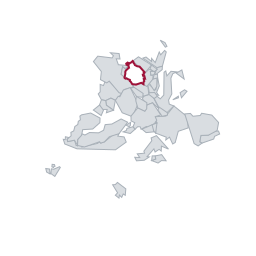 Romania on a map of Europe (orthographic projection), rotated 223°
{"feature_id": "ROU", "entity_name": "Romania", "entity_type": "country or territory", "adm_level": 0, "iso_a3": "ROU", "parent_name": "Europe", "parent_adm1": "", "projection": "orthographic", "projection_center": [24.529, 45.967], "detail": "coarse", "context": "in_parent", "style": "outline", "palette": "rose", "viewbox_px": 256, "rotation_deg": 223, "n_neighbors": 37, "source": "natural_earth", "source_scale": "50m", "svg_char_len": 7935}
<svg xmlns="http://www.w3.org/2000/svg" viewBox="0 0 256 256"><g transform="rotate(223 128 128)"><path d="M148.5,42.7L153.3,42.1L156.2,45.9L154.2,47.2L151.7,53.0L150.6,53.0L148.5,42.7ZM167.8,78.9L164.4,80.9L164.8,78.3L162.9,76.9L158.8,82.6L153.9,79.8L151.7,83.3L148.9,82.5L139.8,95.9L139.4,98.6L137.7,98.3L135.8,101.7L134.2,113.3L130.7,117.7L129.9,115.1L124.8,118.8L119.7,116.5L122.3,103.5L151.1,78.0L163.3,73.2L167.6,75.6L166.0,76.7L167.8,78.9ZM160.5,42.3L157.4,44.5L153.7,41.2L157.5,40.3L160.5,42.3ZM158.7,49.7L156.8,51.1L155.3,50.2L155.9,49.4L155.5,48.3L157.2,47.7L158.7,49.7Z" fill="#d9dde1" stroke="#a8b0b8" stroke-width="1"/><path d="M104.3,143.1L115.8,154.8L108.4,162.6L109.5,175.4L92.8,176.6L84.0,169.2L89.0,159.9L83.6,149.6L84.4,146.8L91.4,149.6L92.2,145.0L93.8,147.4L104.3,143.1ZM111.7,184.5L114.5,179.2L112.9,185.6L111.7,184.5Z" fill="#d9dde1" stroke="#a8b0b8" stroke-width="1"/><path d="M130.7,117.7L135.7,108.9L135.8,101.7L137.7,98.3L139.4,98.6L146.9,84.4L153.0,80.8L157.0,85.3L157.5,92.5L154.7,93.5L153.0,98.5L146.2,104.4L144.3,109.7L147.0,114.9L142.5,119.9L139.2,129.9L132.2,132.0L130.7,117.7Z" fill="#d9dde1" stroke="#a8b0b8" stroke-width="1"/><path d="M166.7,130.5L173.0,132.6L173.0,135.5L178.1,140.9L174.9,142.3L176.4,146.1L173.7,149.5L156.0,149.0L156.1,139.6L160.9,138.2L163.0,132.8L166.7,130.5Z" fill="#d9dde1" stroke="#a8b0b8" stroke-width="1"/><path d="M187.9,170.9L192.2,171.0L185.3,176.4L180.9,173.0L183.8,170.6L178.2,167.7L170.3,173.9L170.5,169.3L173.8,169.2L169.7,162.6L159.4,164.4L152.0,161.6L157.0,153.6L156.0,149.0L158.6,147.7L173.7,149.5L174.3,146.5L181.1,144.6L186.0,151.1L198.6,153.0L199.1,159.9L187.4,168.4L187.9,170.9Z" fill="#d9dde1" stroke="#a8b0b8" stroke-width="1"/><path d="M156.1,139.6L156.8,144.5L155.3,145.3L157.3,152.5L153.9,159.2L137.2,152.5L133.3,141.7L133.9,138.7L142.6,135.2L156.1,139.6Z" fill="#d9dde1" stroke="#a8b0b8" stroke-width="1"/><path d="M138.3,161.9L135.1,167.4L131.2,168.0L117.8,163.1L127.2,163.2L129.8,157.8L137.3,159.1L138.3,161.9Z" fill="#d9dde1" stroke="#a8b0b8" stroke-width="1"/><path d="M152.0,161.6L153.6,163.8L148.8,169.9L141.5,171.7L135.7,166.8L138.3,161.9L152.0,161.6Z" fill="#d9dde1" stroke="#a8b0b8" stroke-width="1"/><path d="M164.1,162.4L169.7,162.6L173.8,169.2L170.5,169.3L169.0,173.2L168.4,167.9L164.1,162.4Z" fill="#d9dde1" stroke="#a8b0b8" stroke-width="1"/><path d="M163.0,132.8L160.9,138.2L156.1,139.6L150.7,131.1L159.3,129.9L163.0,132.8Z" fill="#d9dde1" stroke="#a8b0b8" stroke-width="1"/><path d="M164.5,125.4L166.7,130.5L163.0,132.8L159.3,129.9L150.7,131.1L154.2,124.4L155.9,127.4L159.9,123.6L164.5,125.4Z" fill="#d9dde1" stroke="#a8b0b8" stroke-width="1"/><path d="M165.6,117.5L164.5,125.4L158.1,124.3L156.1,118.8L165.6,117.5Z" fill="#d9dde1" stroke="#a8b0b8" stroke-width="1"/><path d="M133.9,138.7L134.6,149.4L127.2,151.8L129.8,157.8L127.2,163.2L112.9,160.0L115.8,154.8L112.3,153.3L111.7,149.3L113.2,142.6L115.6,141.6L117.6,136.0L119.8,137.2L121.8,135.6L122.0,131.8L125.2,132.3L126.7,136.5L130.6,135.3L133.9,138.7Z" fill="#d9dde1" stroke="#a8b0b8" stroke-width="1"/><path d="M153.1,178.4L153.9,180.1L170.2,180.3L168.9,187.2L153.8,190.1L153.1,178.4Z" fill="#d9dde1" stroke="#a8b0b8" stroke-width="1"/><path d="M164.3,214.2L159.2,215.7L155.2,214.3L155.8,212.6L164.3,214.2ZM147.9,191.9L164.8,189.2L163.2,192.2L156.1,192.7L158.2,195.0L152.7,194.4L157.0,204.9L154.0,203.8L154.1,209.7L151.9,209.7L145.0,196.6L147.9,191.9Z" fill="#d9dde1" stroke="#a8b0b8" stroke-width="1"/><path d="M147.9,191.9L145.0,196.6L142.8,194.0L144.4,184.3L147.9,191.9Z" fill="#d9dde1" stroke="#a8b0b8" stroke-width="1"/><path d="M136.5,168.3L144.0,174.0L133.6,174.8L140.5,184.9L133.8,180.1L131.3,173.5L127.9,172.8L136.5,168.3Z" fill="#d9dde1" stroke="#a8b0b8" stroke-width="1"/><path d="M118.4,161.5L119.7,166.0L110.8,167.1L107.9,164.4L111.0,159.8L118.4,161.5Z" fill="#d9dde1" stroke="#a8b0b8" stroke-width="1"/><path d="M111.0,149.3L111.4,152.0L110.2,151.4L111.0,149.3Z" fill="#d9dde1" stroke="#a8b0b8" stroke-width="1"/><path d="M112.6,146.8L110.2,151.4L104.3,143.1L110.5,143.4L112.6,146.8Z" fill="#d9dde1" stroke="#a8b0b8" stroke-width="1"/><path d="M117.0,136.7L112.6,146.8L106.4,142.9L111.6,137.0L117.0,136.7Z" fill="#d9dde1" stroke="#a8b0b8" stroke-width="1"/><path d="M63.6,167.4L66.1,166.8L69.6,172.3L64.3,177.6L63.5,183.9L59.7,187.5L56.9,186.1L59.0,181.0L57.8,178.4L63.6,167.4Z" fill="#d9dde1" stroke="#a8b0b8" stroke-width="1"/><path d="M61.1,187.0L64.3,177.6L69.6,172.3L66.1,166.8L63.6,167.4L64.5,162.7L69.0,161.7L96.1,177.0L92.3,181.2L88.5,180.9L83.7,186.4L84.2,189.0L75.5,194.6L65.5,193.8L61.1,187.0Z" fill="#d9dde1" stroke="#a8b0b8" stroke-width="1"/><path d="M89.1,126.1L85.2,131.5L77.8,130.0L81.3,127.0L82.1,122.9L88.5,120.3L86.6,124.2L89.1,126.1Z" fill="#d9dde1" stroke="#a8b0b8" stroke-width="1"/><path d="M120.2,164.4L129.0,167.4L128.9,171.1L124.3,171.3L124.3,176.5L139.7,193.4L139.3,195.5L135.1,192.6L135.2,198.8L130.6,202.3L132.3,198.3L130.6,193.7L119.2,182.8L117.4,176.1L114.1,173.6L109.5,175.4L109.9,166.0L120.2,164.4ZM120.3,202.1L130.2,201.0L128.2,207.2L120.3,202.1ZM109.5,186.6L114.0,189.4L112.7,194.5L109.9,195.1L109.5,186.6Z" fill="#d9dde1" stroke="#a8b0b8" stroke-width="1"/><path d="M125.2,132.3L122.0,131.8L122.6,125.5L128.9,121.9L127.5,125.0L128.5,127.0L125.2,132.3ZM131.5,128.8L129.9,133.9L128.0,131.3L128.0,129.6L131.5,128.8Z" fill="#d9dde1" stroke="#a8b0b8" stroke-width="1"/><path d="M89.1,126.1L86.6,124.2L88.5,120.3L91.3,124.1L89.1,126.1ZM94.8,130.4L94.5,120.1L92.7,121.4L94.1,115.5L99.4,109.8L103.1,111.2L99.3,114.4L103.6,115.4L98.7,120.9L100.6,121.9L101.9,134.9L104.3,136.5L102.0,141.8L84.0,140.2L91.2,137.5L88.0,133.8L90.7,133.6L91.8,128.9L94.8,130.4Z" fill="#d9dde1" stroke="#a8b0b8" stroke-width="1"/><path d="M100.5,76.0L98.7,77.9L98.6,81.0L88.1,82.0L84.1,76.9L86.5,76.5L85.3,73.0L88.6,73.1L86.8,70.6L91.4,70.2L91.4,73.5L100.5,76.0Z" fill="#d9dde1" stroke="#a8b0b8" stroke-width="1"/><path d="M129.0,167.4L135.7,166.8L136.5,168.3L132.7,172.1L128.2,171.3L129.0,167.4Z" fill="#d9dde1" stroke="#a8b0b8" stroke-width="1"/><path d="M164.8,78.3L164.3,83.5L166.8,85.9L165.7,88.8L167.9,92.9L167.1,96.3L168.9,99.0L168.4,101.5L171.3,103.9L170.9,106.0L165.5,113.5L155.2,116.2L152.2,112.7L153.1,103.2L160.0,95.9L157.0,91.0L157.0,85.3L153.0,80.8L158.8,82.6L162.9,76.9L164.8,78.3Z" fill="#d9dde1" stroke="#a8b0b8" stroke-width="1"/><path d="M153.3,158.9L151.4,161.9L140.5,163.6L138.2,160.5L142.9,156.8L153.3,158.9Z" fill="#d9dde1" stroke="#a8b0b8" stroke-width="1"/><path d="M134.6,149.4L140.7,153.1L143.7,156.8L131.5,159.4L127.4,154.8L127.2,151.8L134.6,149.4Z" fill="#d9dde1" stroke="#a8b0b8" stroke-width="1"/><path d="M140.9,184.2L135.3,178.1L134.3,173.2L143.8,175.5L143.8,180.7L140.9,184.2Z" fill="#d9dde1" stroke="#a8b0b8" stroke-width="1"/><path d="M152.1,186.1L153.8,190.1L146.6,190.9L147.3,187.0L152.1,186.1Z" fill="#d9dde1" stroke="#a8b0b8" stroke-width="1"/><path d="M142.6,171.2L146.5,170.6L153.3,177.1L152.6,185.6L149.7,186.3L147.7,182.1L145.9,183.9L143.1,180.8L142.6,171.2Z" fill="#d9dde1" stroke="#a8b0b8" stroke-width="1"/><path d="M145.3,184.8L143.1,187.5L140.5,184.9L143.1,180.8L145.3,184.8Z" fill="#d9dde1" stroke="#a8b0b8" stroke-width="1"/><path d="M146.7,187.8L145.3,184.8L147.1,182.3L150.4,184.6L146.7,187.8Z" fill="#d9dde1" stroke="#a8b0b8" stroke-width="1"/><path d="M168.5,172.8L170.5,174.2L170.6,173.9L172.3,173.3L173.2,173.9L172.9,175.6L171.4,176.0L171.5,175.2L171.0,175.4L170.8,176.8L171.0,176.8L170.4,178.0L170.3,180.2L169.3,180.1L168.2,179.3L166.9,179.2L165.9,178.7L163.4,179.4L161.4,180.8L153.9,180.1L153.7,179.6L154.2,179.1L152.7,177.6L153.4,177.0L152.7,176.5L151.5,177.2L149.5,175.9L150.0,175.7L149.5,175.2L149.9,174.7L148.0,173.3L148.0,172.2L146.6,170.6L149.1,170.1L151.7,165.2L154.8,163.0L157.6,163.7L158.7,163.6L159.5,164.5L161.1,163.7L162.9,163.3L163.3,162.5L164.4,162.2L165.1,162.6L166.9,165.8L168.3,167.2L168.8,168.6L168.5,171.3L168.7,172.6L168.5,172.8Z" fill="none" stroke="#9f1239" stroke-width="2"/></g></svg>